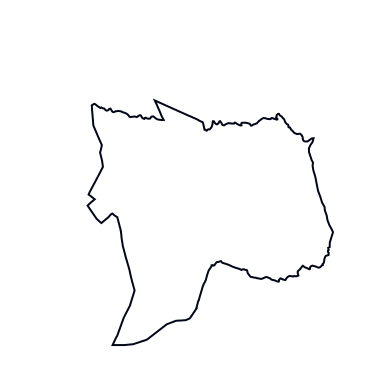 outline of Mberengwa, Midlands, Zimbabwe, rotated 337°
{"feature_id": "62879985B72104982716343", "entity_name": "Mberengwa", "entity_type": "district", "adm_level": 2, "iso_a3": "ZWE", "parent_name": "Zimbabwe", "parent_adm1": "Midlands", "projection": "equal_earth", "projection_center": [30.19, -20.689], "detail": "fine", "context": "isolated", "style": "outline", "palette": "ink", "viewbox_px": 384, "rotation_deg": 337, "n_neighbors": 0, "source": "geoboundaries", "source_scale": "gbopen_adm2", "svg_char_len": 5864}
<svg xmlns="http://www.w3.org/2000/svg" viewBox="0 0 384 384"><g transform="rotate(337 192 192)"><path d="M307.2,170.7L306.7,170.7L306.2,169.9L306.3,169.2L306.7,168.6L306.8,167.9L306.6,167.4L305.9,166.7L305.6,165.8L305.1,164.3L305.1,163.2L305.2,162.2L305.2,160.9L304.4,159.2L304.2,158.3L304.1,157.6L303.0,156.2L302.9,155.9L302.7,155.2L302.6,154.1L302.1,153.8L301.7,153.7L300.8,154.0L299.9,154.4L299.8,154.6L299.4,155.5L298.7,155.9L298.5,156.4L298.8,157.2L299.2,157.9L299.1,158.4L299.0,158.5L298.7,158.6L297.8,158.1L296.4,156.9L296.1,156.7L295.8,156.0L295.3,155.8L294.3,155.1L293.9,155.0L293.2,155.5L292.6,155.5L292.2,155.4L290.2,154.3L289.5,153.8L288.6,153.0L287.0,151.9L286.7,151.8L284.6,152.0L281.4,152.9L281.0,152.9L278.9,154.0L277.6,154.1L274.7,153.9L273.4,154.2L272.5,154.1L272.3,154.0L272.1,153.7L272.0,152.9L272.1,152.6L271.7,151.7L269.3,149.7L266.7,148.4L264.9,147.8L264.7,147.8L264.2,148.2L263.9,148.8L263.8,149.6L263.6,150.0L262.8,149.8L262.0,149.2L260.5,147.5L258.7,144.9L258.2,144.8L257.4,145.4L255.6,144.7L254.1,143.7L253.8,143.7L252.4,142.8L249.9,142.8L247.5,143.2L246.2,142.1L246.0,139.6L245.7,138.0L245.6,137.8L244.9,137.7L243.0,139.2L241.4,139.5L240.9,139.1L240.1,137.6L239.7,135.4L239.0,135.0L238.5,135.5L237.3,137.7L235.6,139.7L233.0,141.2L232.6,141.2L231.8,140.8L231.1,140.7L229.8,141.2L229.5,141.3L229.1,141.0L228.8,140.0L227.9,139.6L229.0,133.5L229.1,131.9L228.6,131.3L228.3,131.2L227.2,129.9L226.1,128.7L226.0,128.3L226.0,128.2L223.6,125.5L222.1,124.0L220.6,122.3L218.7,120.4L193.5,93.2L193.7,98.5L193.7,101.1L193.8,103.6L193.7,110.3L193.8,111.4L194.1,114.6L193.2,114.3L191.9,113.7L189.2,112.1L188.5,111.5L187.9,110.9L185.9,107.3L185.5,107.1L184.5,106.8L183.7,107.0L182.2,108.0L181.6,107.9L180.1,107.3L179.2,106.5L178.4,105.5L177.9,105.4L177.5,105.4L177.2,105.8L176.7,106.1L176.1,105.6L175.5,104.9L175.0,103.9L174.9,101.9L174.6,101.3L173.8,100.9L172.9,100.9L171.1,101.4L170.3,101.4L169.5,100.6L169.0,100.4L168.5,100.0L168.0,99.9L167.2,99.7L166.5,99.4L165.9,99.3L164.8,98.9L164.3,98.7L164.1,98.5L163.9,98.3L163.3,96.2L162.9,95.1L161.2,92.9L159.1,91.3L158.9,90.7L157.5,89.6L155.9,88.6L154.2,88.2L153.1,87.8L152.0,88.0L151.0,87.9L150.3,87.3L150.0,86.4L149.8,85.4L149.7,84.3L149.5,83.4L148.8,83.2L148.2,83.2L147.1,83.9L146.8,84.0L145.8,83.9L145.0,83.6L144.3,82.6L144.0,81.2L143.7,80.7L142.9,80.4L142.3,79.7L142.0,79.2L141.7,78.8L141.5,78.7L140.7,78.9L140.4,78.8L139.9,77.9L138.7,76.2L137.4,73.7L137.0,73.2L136.6,72.7L135.9,72.7L135.5,72.9L134.8,72.8L133.6,73.1L132.5,76.4L132.3,76.7L130.0,83.8L127.2,92.2L127.2,106.6L127.3,110.1L127.3,110.8L127.3,113.7L124.6,117.5L122.8,119.8L121.4,128.3L119.8,134.1L111.5,141.0L97.9,152.0L95.8,154.0L96.8,155.5L99.6,160.7L95.2,162.0L90.6,163.7L90.7,164.5L93.7,179.3L95.2,182.7L96.5,185.2L100.7,183.9L105.1,182.6L108.1,181.1L109.9,180.7L110.4,180.8L111.3,182.9L112.5,184.8L113.4,186.0L111.3,200.2L111.2,200.2L111.2,200.3L110.2,203.8L109.2,206.8L107.8,212.6L107.2,214.6L106.3,221.2L105.5,226.3L105.1,230.2L104.0,239.1L102.7,245.9L101.9,251.1L100.7,260.2L91.0,271.7L91.0,271.9L80.0,281.1L67.0,295.1L65.2,296.4L59.1,301.9L69.5,306.3L78.3,309.1L92.8,310.3L117.1,303.9L127.0,304.3L132.0,306.1L136.5,307.6L137.0,307.5L140.4,307.5L140.9,307.3L150.6,301.0L150.6,300.8L150.8,300.8L150.8,300.7L151.3,299.9L151.5,299.5L151.8,299.3L152.2,298.6L154.6,295.5L154.9,295.0L155.4,294.8L155.7,294.4L156.1,294.2L156.4,293.6L156.9,293.1L157.6,292.3L158.2,291.4L165.3,282.8L165.7,282.4L166.0,282.1L166.3,281.9L166.6,281.5L167.2,281.1L167.8,280.5L168.4,280.2L168.9,279.8L169.3,279.2L170.4,278.4L173.0,274.9L176.6,270.8L180.5,268.3L181.3,267.3L181.4,267.1L181.9,267.2L182.1,267.6L182.6,267.5L182.9,267.7L182.9,267.9L183.1,268.2L183.3,268.3L184.0,268.2L186.3,266.7L187.4,266.3L187.7,266.3L189.0,266.7L191.1,266.8L191.6,266.9L191.8,267.3L191.9,268.1L192.0,268.4L192.5,269.2L197.5,273.5L198.1,274.3L198.5,274.7L198.8,275.1L199.4,275.6L200.0,276.4L200.8,277.2L202.4,278.7L203.0,279.1L204.2,280.2L204.8,280.6L205.3,281.2L206.2,281.9L207.1,283.1L208.1,283.0L209.6,283.4L210.7,284.6L211.2,284.7L212.0,285.4L212.0,286.3L211.6,288.2L211.9,289.7L212.6,292.5L213.2,293.4L214.1,293.8L216.2,295.4L217.3,295.8L217.8,296.5L219.2,297.4L221.2,298.7L222.0,299.1L222.7,299.2L223.9,299.2L226.1,299.1L227.3,299.4L227.6,299.5L229.4,301.3L230.3,302.2L230.4,302.8L230.5,303.1L231.4,304.1L233.1,305.3L236.3,308.3L236.8,308.4L237.1,308.0L237.3,307.9L237.9,306.8L239.6,306.1L240.0,306.2L240.5,306.7L240.7,307.2L243.1,309.4L243.6,309.5L245.1,308.4L247.2,307.5L249.1,307.4L252.1,309.3L253.0,309.2L254.3,310.0L255.4,310.4L257.3,310.5L257.7,307.7L258.1,306.7L259.1,306.0L261.7,305.1L264.2,303.6L265.2,303.2L265.8,304.2L266.3,305.2L266.8,305.8L268.2,307.0L269.2,308.3L270.0,309.0L270.3,309.1L270.5,308.9L271.3,307.5L272.0,307.0L272.4,306.9L273.9,306.8L274.0,306.8L275.8,308.1L279.1,311.2L279.8,311.3L280.5,311.3L283.1,310.3L283.4,310.0L283.8,310.0L284.0,310.1L284.1,309.4L285.7,308.6L286.0,308.3L287.5,305.7L287.8,305.3L289.0,304.0L289.4,303.6L290.2,303.1L290.6,303.1L293.0,303.4L293.3,302.8L294.0,301.6L294.0,301.3L293.8,301.0L293.8,300.7L293.8,300.0L294.0,299.6L294.3,299.1L294.8,299.0L295.1,298.8L295.2,298.4L295.2,298.0L295.5,296.6L297.2,296.5L299.2,292.2L306.1,284.1L306.0,280.7L305.5,276.3L305.7,270.9L306.8,266.3L307.1,261.1L308.2,257.3L307.6,252.8L308.2,246.8L308.5,240.0L311.4,226.4L312.2,219.3L313.3,214.8L314.9,212.2L314.6,209.6L315.3,201.0L316.6,197.6L319.3,195.1L322.4,193.2L324.9,190.0L324.0,189.7L322.8,189.5L320.0,190.2L319.9,190.2L319.1,190.4L318.6,190.5L318.1,190.6L317.8,190.5L316.3,189.9L315.3,189.3L315.1,189.1L314.7,188.2L314.6,187.9L314.7,187.0L315.0,185.5L315.3,184.5L315.2,183.4L315.3,182.8L314.7,181.7L314.6,181.2L314.4,180.8L314.2,180.6L313.1,180.2L311.7,179.9L311.0,179.5L310.0,178.3L309.8,178.2L309.4,177.9L309.0,176.9L308.7,175.8L307.6,173.3L307.5,171.3L307.4,171.0L307.2,170.7Z" fill="none" stroke="#020617" stroke-width="2"/></g></svg>